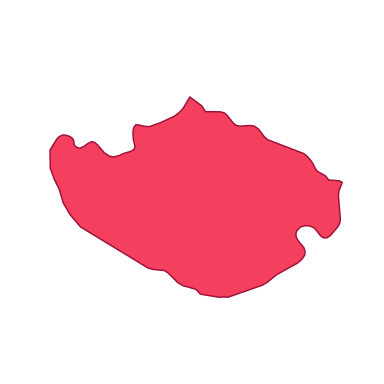 Tizi Ouzou, Mercator projection, rotated 29°
{"feature_id": "DZA-2197", "entity_name": "Tizi Ouzou", "entity_type": "Province", "adm_level": 1, "iso_a3": "DZA", "parent_name": "Algeria", "parent_adm1": "", "projection": "mercator", "projection_center": [4.213, 36.689], "detail": "fine", "context": "isolated", "style": "filled", "palette": "rose", "viewbox_px": 384, "rotation_deg": 29, "n_neighbors": 0, "source": "natural_earth", "source_scale": "10m", "svg_char_len": 1490}
<svg xmlns="http://www.w3.org/2000/svg" viewBox="0 0 384 384"><g transform="rotate(29 192 192)"><path d="M144.1,110.0L158.7,111.9L164.8,115.2L178.0,108.1L182.1,107.1L185.9,108.0L194.0,111.5L198.2,112.3L202.1,111.1L210.5,105.7L214.5,104.2L219.7,104.7L228.4,108.6L232.9,109.6L271.0,104.2L274.9,104.8L279.6,106.4L284.2,108.6L287.2,110.9L291.0,113.0L301.2,113.3L305.7,115.2L315.5,110.8L318.6,110.7L319.2,113.4L319.9,119.7L321.8,124.1L334.8,143.7L336.1,146.7L336.5,150.1L336.0,154.2L334.1,162.9L332.3,166.6L329.1,168.4L325.7,168.0L318.0,164.7L314.6,164.2L310.3,165.0L306.6,167.1L303.7,170.2L302.6,175.2L303.0,177.9L305.0,180.9L308.0,182.8L311.3,184.4L314.5,185.4L317.3,186.8L319.6,189.1L321.2,192.4L320.7,197.6L318.8,202.9L306.0,223.5L301.6,234.5L298.6,239.5L275.1,265.9L273.9,266.9L270.9,268.3L266.5,271.0L248.9,277.3L242.6,275.2L229.4,278.3L223.7,278.2L210.3,274.4L205.7,274.1L195.6,278.6L190.6,279.8L111.5,276.6L96.5,271.0L84.7,264.0L74.3,253.7L66.0,248.1L56.4,239.8L47.5,224.2L48.1,211.1L48.9,208.3L51.0,205.0L53.3,203.8L56.0,203.0L58.9,202.7L61.8,203.1L63.9,204.7L65.3,206.8L67.0,208.4L69.7,208.8L72.8,208.0L75.3,204.6L77.0,200.8L79.9,196.5L83.1,195.8L86.6,196.6L96.6,200.3L102.9,200.6L106.5,199.3L110.3,195.8L113.3,191.7L118.7,186.2L120.6,183.0L120.3,180.1L115.0,174.2L112.3,169.9L110.5,166.5L109.8,163.6L110.3,160.5L113.3,159.0L117.5,158.0L122.9,155.6L130.7,146.8L139.9,134.1L142.3,128.7L143.6,123.4L144.0,112.2L144.1,110.0Z" fill="#f43f5e" stroke="#9f1239" stroke-width="1.5"/></g></svg>